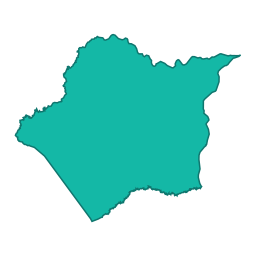 Chirundu, Southern, Zambia (Mercator projection)
{"feature_id": "96606910B35256638811207", "entity_name": "Chirundu", "entity_type": "district", "adm_level": 2, "iso_a3": "ZMB", "parent_name": "Zambia", "parent_adm1": "Southern", "projection": "mercator", "projection_center": [28.665, -16.104], "detail": "fine", "context": "isolated", "style": "filled", "palette": "teal", "viewbox_px": 256, "rotation_deg": 0, "n_neighbors": 0, "source": "geoboundaries", "source_scale": "gbopen_adm2", "svg_char_len": 5760}
<svg xmlns="http://www.w3.org/2000/svg" viewBox="0 0 256 256"><path d="M34.4,147.4L44.5,156.0L90.5,218.6L92.0,221.4L98.2,219.0L101.2,217.4L102.2,217.3L102.7,216.0L103.6,215.0L104.9,214.5L105.6,213.7L107.0,214.3L108.4,213.4L108.6,213.7L109.2,212.3L109.8,212.0L109.9,211.5L109.3,210.4L109.9,210.1L110.0,209.1L110.5,208.9L110.8,209.2L112.1,208.3L113.1,208.7L113.5,208.2L113.2,208.2L113.2,207.7L115.2,207.2L115.3,206.6L116.3,205.8L115.7,205.0L116.3,204.7L116.2,204.9L116.5,205.2L117.7,203.7L118.4,203.5L118.9,202.6L119.3,203.1L120.0,202.3L120.6,203.5L120.9,203.2L120.8,202.2L121.2,202.6L121.2,203.1L123.4,202.6L123.1,201.7L123.6,201.8L124.3,199.9L125.0,199.6L124.5,199.6L124.4,198.7L125.4,198.9L125.8,198.0L126.0,198.3L126.6,198.2L127.3,196.7L127.7,196.3L128.0,196.6L128.4,196.0L128.4,195.2L128.9,195.2L129.6,194.4L129.8,193.8L129.4,192.9L129.8,193.0L129.9,192.7L129.6,192.6L129.7,191.8L130.9,191.7L131.1,191.0L132.2,191.0L133.5,190.4L133.3,191.2L134.5,190.9L134.9,190.2L135.6,190.3L135.8,189.4L135.9,189.7L136.7,189.0L137.4,189.3L137.4,188.4L137.8,188.4L138.4,189.6L139.0,189.8L140.1,188.7L140.9,188.5L141.5,188.8L143.0,188.1L143.4,188.7L143.6,188.5L143.6,189.0L144.6,189.1L144.3,189.5L145.4,189.7L145.7,189.2L147.1,189.0L147.6,188.1L148.0,188.4L148.1,187.9L149.0,187.4L148.7,186.8L149.4,187.2L149.7,186.9L149.5,186.5L150.2,186.8L149.8,187.0L150.1,187.8L150.6,187.8L152.2,188.8L152.0,189.2L152.7,189.2L152.8,189.5L153.4,189.0L154.0,189.3L155.2,189.1L155.2,189.4L156.3,189.3L155.8,190.0L156.9,190.2L157.3,189.7L158.6,189.7L158.6,190.0L159.4,190.0L159.9,190.2L160.0,190.8L160.5,190.7L160.3,191.1L160.9,191.5L160.7,191.8L160.4,191.5L160.6,192.3L160.8,192.4L161.0,191.9L161.1,192.2L162.2,192.6L162.8,192.5L163.2,191.9L164.0,192.1L164.4,192.8L164.5,192.5L164.6,193.2L165.6,193.2L165.5,194.1L166.1,194.1L166.6,193.6L166.8,194.0L166.5,194.3L166.8,194.3L166.8,194.6L167.4,194.5L167.7,194.9L168.8,193.2L168.8,193.8L169.5,194.2L170.4,194.1L170.7,194.5L170.8,193.8L171.9,193.7L171.7,193.2L171.9,192.9L172.2,193.4L172.6,193.0L172.7,193.4L173.2,193.2L174.3,194.1L174.5,195.0L174.8,194.5L175.2,195.2L175.5,195.3L176.6,194.6L176.5,195.2L177.0,195.7L177.1,194.9L179.6,193.4L180.5,193.5L181.6,192.6L183.2,192.6L183.9,191.7L184.3,192.0L184.8,191.5L185.5,191.4L185.4,192.2L186.1,192.7L185.9,192.3L186.7,192.3L186.7,191.9L187.1,191.6L187.3,192.0L187.3,191.3L189.7,190.1L189.4,189.6L189.8,188.8L190.3,188.8L189.9,189.5L190.4,190.2L191.8,188.9L193.6,188.9L194.0,188.1L194.5,188.2L194.4,187.9L195.3,188.1L195.5,188.5L195.0,188.6L196.3,189.7L197.1,188.9L197.0,187.9L198.0,188.6L199.7,187.8L200.3,188.5L201.6,186.5L201.2,186.2L199.7,183.3L198.3,177.4L198.4,174.8L200.0,169.0L198.9,159.5L199.0,155.3L200.0,152.2L204.3,147.0L206.0,145.6L205.8,145.0L206.6,144.4L207.4,140.1L209.2,134.1L208.4,129.3L206.1,124.2L206.2,123.6L208.9,120.1L208.8,119.2L207.7,116.5L203.9,113.3L204.1,110.7L203.3,109.0L203.4,100.8L204.7,99.1L212.1,92.4L215.3,91.2L216.0,90.5L219.0,81.8L219.1,76.8L217.8,73.5L218.5,71.1L221.2,68.3L224.0,66.3L224.8,65.7L226.1,65.6L227.8,64.6L229.5,62.3L233.3,58.1L234.4,58.0L238.9,56.4L240.6,55.0L238.7,55.7L231.7,55.6L230.6,55.3L228.1,55.9L221.0,53.8L220.0,53.9L214.1,57.1L212.0,57.0L209.3,59.1L207.9,58.8L207.2,58.2L203.5,59.0L201.6,58.7L200.8,57.6L199.8,57.5L197.9,58.0L194.6,56.7L192.5,56.6L191.5,57.3L186.5,63.8L184.5,64.9L183.2,64.9L182.5,64.6L179.1,60.1L178.1,59.7L176.6,60.7L175.7,62.5L175.2,63.9L175.5,65.8L173.2,67.8L172.2,67.8L167.3,65.6L164.8,63.4L160.6,61.5L156.8,63.7L156.2,63.8L155.7,65.4L154.9,66.1L154.1,66.3L152.9,65.7L151.9,64.3L151.4,62.6L151.5,60.4L150.1,58.8L148.7,55.8L146.4,55.2L144.4,56.7L143.1,55.8L142.3,53.9L139.1,53.9L138.2,53.2L137.6,52.4L136.6,48.7L134.9,45.7L131.4,43.8L128.9,43.6L127.9,41.4L127.7,39.6L127.0,38.6L125.4,38.1L123.9,39.3L122.2,39.8L118.4,38.6L115.1,35.2L113.2,34.6L112.2,34.8L110.9,35.8L108.8,38.8L105.5,40.1L104.1,39.8L103.2,38.2L102.5,37.8L98.4,37.3L97.6,36.5L97.1,36.6L96.3,37.9L94.9,37.9L94.2,39.0L91.5,39.3L91.2,40.2L89.8,41.0L89.3,41.9L87.9,42.2L86.5,44.1L85.1,47.4L83.9,47.5L82.9,46.9L81.7,47.7L79.7,47.7L78.8,48.6L78.9,49.7L78.1,51.0L77.4,51.1L77.2,51.6L77.3,52.0L78.6,51.6L78.8,51.9L78.8,53.5L78.4,55.4L78.0,55.6L78.3,57.2L77.2,57.4L76.6,58.1L76.7,58.9L76.3,59.5L76.5,60.0L75.5,60.9L76.0,62.2L74.8,62.4L74.7,63.2L73.2,64.7L73.1,65.7L71.5,66.9L70.6,68.0L69.5,67.9L69.2,66.8L68.6,66.4L67.7,66.6L68.0,67.1L67.4,67.8L67.4,68.4L68.2,68.8L68.3,69.9L67.9,69.2L66.9,69.0L65.6,72.4L65.4,72.9L64.6,73.0L64.7,73.9L63.6,74.0L63.7,75.8L64.3,77.5L65.7,78.3L66.5,81.5L64.9,82.8L64.7,84.0L63.2,85.8L63.8,86.6L64.7,86.6L65.2,87.9L64.8,88.5L65.4,89.5L65.5,90.1L65.2,90.3L65.6,90.9L65.1,91.7L66.3,93.4L66.3,94.0L64.8,95.2L63.6,97.8L61.5,99.1L61.4,100.3L61.8,100.7L61.8,101.3L61.5,101.6L58.9,102.0L57.4,102.8L54.4,102.5L52.9,103.2L51.2,106.1L49.4,106.4L48.3,105.9L47.6,107.6L46.0,108.3L46.1,108.8L45.2,109.4L44.6,108.6L44.8,107.4L44.2,107.4L43.8,108.4L42.7,108.4L43.7,108.9L44.0,109.4L43.5,109.8L44.6,110.8L43.3,111.0L43.0,111.5L40.2,111.9L39.5,110.8L38.5,112.2L37.8,111.6L36.6,108.8L36.1,109.9L34.8,110.2L34.9,110.7L36.4,111.1L35.0,112.0L33.9,115.2L31.9,115.7L33.3,115.9L31.5,118.0L31.0,117.6L30.3,118.2L29.0,117.8L28.9,117.3L29.5,117.3L29.7,116.6L27.0,115.6L26.4,115.1L25.9,115.2L25.6,115.8L26.4,116.2L26.1,116.8L25.6,116.7L25.4,117.2L24.7,117.0L23.2,117.6L23.9,118.4L23.9,119.5L23.4,119.4L23.1,120.0L22.7,119.6L20.7,120.3L19.5,120.2L20.5,120.8L19.9,122.1L21.0,124.2L20.8,124.7L21.0,125.1L20.4,125.4L20.8,125.9L20.0,127.2L20.2,127.9L19.7,128.1L20.0,128.5L19.2,128.9L19.2,129.6L18.2,130.0L17.4,131.6L17.4,132.6L16.3,133.3L15.4,135.3L16.6,136.8L17.8,137.2L17.6,138.4L18.0,140.1L18.8,140.4L19.0,141.3L22.5,142.1L22.9,143.1L24.4,144.4L25.8,144.5L27.9,145.7L29.2,145.3L29.9,145.9L34.4,147.4Z" fill="#14b8a6" stroke="#0f766e" stroke-width="1.5"/></svg>